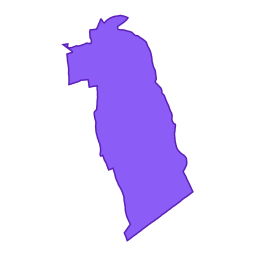 Khan Na Yao, Bangkok Metropolis, Thailand (Equal Earth projection)
{"feature_id": "78962969B51351558142585", "entity_name": "Khan Na Yao", "entity_type": "district", "adm_level": 2, "iso_a3": "THA", "parent_name": "Thailand", "parent_adm1": "Bangkok Metropolis", "projection": "equal_earth", "projection_center": [100.671, 13.819], "detail": "fine", "context": "isolated", "style": "filled", "palette": "violet", "viewbox_px": 256, "rotation_deg": 0, "n_neighbors": 0, "source": "geoboundaries", "source_scale": "gbopen_adm2", "svg_char_len": 5590}
<svg xmlns="http://www.w3.org/2000/svg" viewBox="0 0 256 256"><path d="M63.1,44.6L66.1,46.9L68.4,48.6L71.5,50.8L72.3,51.4L72.4,52.2L66.9,54.1L67.0,54.8L67.4,58.9L67.5,60.7L68.3,65.5L68.4,66.5L68.6,68.9L68.7,71.0L68.6,72.0L68.6,72.9L68.6,73.6L68.6,74.2L68.8,75.2L69.0,76.7L69.0,80.0L69.0,82.3L69.0,83.1L68.8,84.6L69.0,84.6L69.5,84.4L71.3,83.9L78.7,81.5L79.0,81.3L79.8,81.0L80.6,80.3L80.8,80.2L83.4,80.1L85.0,79.9L85.3,79.9L85.6,79.9L86.2,79.8L87.3,79.7L88.0,79.6L88.2,79.8L88.8,83.9L89.0,85.6L89.1,86.7L89.3,87.2L91.6,86.7L92.1,86.6L92.6,86.5L93.6,86.3L94.9,86.2L95.8,86.0L97.1,85.8L97.1,86.9L97.2,89.8L97.4,91.1L97.5,91.6L97.5,93.5L97.4,94.6L97.4,94.9L97.5,95.8L97.6,97.1L97.4,98.8L97.2,100.9L97.1,103.9L97.1,104.8L97.0,105.0L96.9,106.3L96.8,107.1L96.7,108.6L96.5,109.5L96.4,109.8L96.1,110.0L95.8,110.4L95.3,110.9L95.0,111.2L94.6,111.7L94.4,112.0L94.2,112.6L94.3,114.6L94.4,115.6L94.8,118.0L94.9,118.3L95.8,121.5L95.9,122.3L95.8,125.0L95.6,126.0L95.7,127.5L95.9,129.5L96.0,131.2L96.4,133.3L96.6,134.2L97.0,135.4L97.3,136.9L97.5,137.8L98.5,140.4L98.6,140.8L98.7,141.6L98.9,142.0L99.1,142.2L99.3,142.8L99.5,143.3L99.7,143.9L100.5,147.6L100.5,148.5L100.6,150.4L100.5,151.5L100.3,153.2L100.2,153.9L100.2,154.7L100.2,155.1L100.3,155.5L100.5,155.9L100.6,156.0L100.9,156.1L101.5,155.9L102.8,155.4L103.9,158.5L104.6,160.7L105.3,161.2L105.5,162.0L106.3,163.4L107.8,167.8L108.6,169.9L110.7,169.2L113.0,168.2L114.7,173.6L115.5,177.2L115.7,177.9L116.5,180.0L117.1,181.3L118.0,183.2L118.1,183.7L118.5,184.8L119.0,185.6L119.4,186.3L119.5,186.4L119.6,186.6L120.6,188.5L121.7,190.5L122.2,192.0L122.3,192.1L122.8,193.3L123.0,194.2L123.5,195.3L123.7,195.9L123.9,196.6L124.1,200.2L124.5,202.4L125.0,205.4L125.2,207.0L125.3,209.8L125.4,210.8L125.7,212.1L126.2,214.2L126.8,216.3L127.2,217.6L127.6,218.3L127.8,218.7L128.1,219.5L128.4,220.1L130.0,223.5L130.4,224.2L127.9,227.8L124.3,232.9L125.7,236.1L126.5,238.4L127.2,240.6L128.7,239.7L129.6,239.0L130.1,238.6L130.4,238.4L130.9,238.0L132.1,237.0L134.1,235.5L135.6,234.6L136.6,233.8L137.8,232.8L139.2,231.8L140.0,231.2L140.4,231.0L142.0,229.6L143.0,228.8L143.6,228.4L145.2,227.2L145.6,227.0L146.2,226.5L147.7,225.3L152.0,222.2L153.9,221.0L156.1,219.3L157.8,218.2L159.2,217.1L159.4,216.9L160.2,216.3L160.7,215.9L161.9,214.8L163.0,214.1L163.6,213.7L164.4,213.1L165.0,212.6L166.0,212.0L168.1,210.3L170.5,208.6L172.5,206.9L175.0,205.3L180.1,201.5L180.7,200.9L181.8,199.9L182.7,199.2L183.7,198.5L184.3,198.0L185.1,197.5L186.3,196.8L192.9,191.8L192.5,191.0L191.6,189.1L189.8,185.1L187.2,179.9L185.9,176.8L185.4,175.8L183.9,173.1L183.2,171.4L183.3,171.3L183.4,171.0L184.1,169.9L184.7,168.9L185.3,167.6L186.4,165.1L186.7,163.6L186.8,162.9L186.7,162.3L186.6,160.4L186.5,159.7L186.4,158.9L186.1,157.9L186.0,157.7L185.8,157.4L184.9,156.3L184.2,155.6L183.7,155.1L181.9,154.0L180.6,152.9L178.8,151.0L177.8,149.9L176.8,147.9L176.6,147.4L175.8,144.5L175.5,143.0L175.4,142.5L175.2,141.7L174.9,140.0L175.0,139.7L174.8,138.0L174.6,135.6L174.5,134.1L174.7,132.0L174.8,131.7L174.9,130.9L175.0,128.9L175.2,127.9L175.2,127.2L175.5,125.1L175.3,124.4L175.2,124.4L175.0,124.2L173.9,123.6L173.7,123.5L173.1,122.6L172.6,121.7L172.2,120.7L171.9,119.3L171.9,118.6L172.1,116.0L172.0,115.7L171.9,115.0L172.0,114.9L171.8,114.0L171.7,113.4L171.2,112.5L170.7,111.6L169.8,109.5L169.4,108.3L168.5,105.6L167.7,104.0L165.8,99.7L165.4,98.5L164.8,96.9L164.2,95.5L164.1,95.3L163.6,94.6L163.4,94.5L162.4,93.7L162.0,93.2L161.9,92.7L161.9,92.1L161.9,91.1L161.7,90.0L161.4,89.1L160.8,88.2L160.6,87.6L160.3,87.4L159.0,86.1L157.6,84.6L157.4,84.3L155.6,82.7L155.4,82.3L155.3,81.7L155.3,81.3L155.8,80.1L156.2,79.4L156.3,78.9L156.3,78.5L156.0,76.4L155.9,75.8L155.8,75.3L155.5,72.7L155.2,70.5L153.9,67.8L153.5,66.9L153.0,65.2L152.9,64.7L152.7,63.7L152.3,62.1L152.2,61.8L152.1,61.3L151.9,59.6L151.9,59.0L151.8,57.8L151.4,55.6L151.0,54.1L150.9,53.2L150.2,51.0L148.9,48.2L148.0,46.8L147.4,45.4L147.1,44.6L146.5,42.8L146.4,42.4L145.8,41.8L144.9,40.9L143.3,39.6L141.6,38.4L140.8,38.0L139.8,37.4L139.4,36.9L138.5,36.2L137.7,35.8L136.8,35.7L135.2,35.4L134.7,35.1L134.3,34.7L132.8,33.2L132.1,32.6L131.8,32.4L131.7,32.4L131.5,32.2L131.1,32.0L129.9,31.6L129.4,31.5L128.3,31.2L126.5,30.8L125.9,30.6L124.9,30.3L124.7,30.3L124.4,30.1L123.3,29.9L121.0,29.9L119.6,29.7L118.7,29.5L118.1,29.2L117.9,28.9L117.8,28.7L117.7,28.5L117.6,26.7L117.8,26.4L118.7,25.8L120.0,24.9L120.5,24.5L123.3,22.6L124.3,21.9L124.8,21.4L125.8,20.5L126.3,20.1L126.6,19.8L127.6,18.3L128.0,17.9L127.5,17.5L127.1,17.4L126.8,17.2L125.9,16.9L125.7,16.8L125.4,16.8L124.6,16.4L123.4,16.0L122.6,15.9L121.8,15.8L121.5,15.7L120.4,15.4L119.4,15.7L118.9,15.8L118.1,15.9L117.9,15.9L117.5,16.0L117.1,16.1L116.7,16.2L115.4,16.2L115.2,16.2L114.5,16.5L113.7,16.6L112.5,17.1L111.7,17.4L111.1,17.7L110.1,18.1L109.5,18.5L107.8,19.6L106.3,20.8L105.2,21.9L104.8,22.6L104.5,22.9L104.4,22.9L103.7,22.6L103.1,22.0L102.7,21.4L102.1,20.3L101.0,19.0L100.8,19.2L100.3,20.0L100.1,21.0L99.4,22.6L99.1,23.1L98.7,24.0L98.1,25.7L97.3,27.4L96.7,28.7L96.5,29.2L96.4,29.2L96.0,29.2L95.7,29.2L95.3,29.3L91.8,29.8L90.5,29.8L90.2,29.8L90.1,30.1L89.9,31.2L89.7,31.8L89.7,32.1L89.7,32.4L90.0,34.6L89.9,35.7L90.0,36.3L90.1,36.9L90.2,38.0L90.3,38.2L90.5,38.1L90.8,38.5L91.1,39.2L91.1,39.3L91.1,39.7L91.1,39.8L91.4,40.4L91.5,41.0L91.4,41.2L91.3,42.0L91.0,42.9L90.9,43.5L90.1,43.5L89.7,43.5L89.2,43.5L87.7,43.3L87.1,43.1L86.5,43.3L86.0,43.3L85.8,43.4L84.8,44.0L84.1,44.3L78.4,46.2L77.3,45.9L76.5,45.8L73.1,47.1L72.5,47.2L72.0,47.5L71.4,47.7L70.1,47.7L69.9,47.8L69.2,48.1L67.3,46.7L67.6,45.4L67.8,44.3L67.9,44.0L67.9,43.9L66.4,44.1L63.1,44.6Z" fill="#8b5cf6" stroke="#5b21b6" stroke-width="1.5"/></svg>